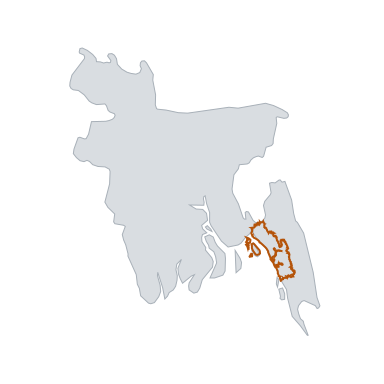 Chittagong, Chittagong, Bangladesh shown in context, rotated 353°
{"feature_id": "16705992B94200136889214", "entity_name": "Chittagong", "entity_type": "district", "adm_level": 2, "iso_a3": "BGD", "parent_name": "Bangladesh", "parent_adm1": "Chittagong", "projection": "albers", "projection_center": [91.95, 22.424], "detail": "fine", "context": "in_parent", "style": "outline", "palette": "amber", "viewbox_px": 384, "rotation_deg": 353, "n_neighbors": 0, "source": "geoboundaries", "source_scale": "gbopen_adm2", "svg_char_len": 9664}
<svg xmlns="http://www.w3.org/2000/svg" viewBox="0 0 384 384"><g transform="rotate(353 192 192)"><path d="M126.5,276.9L126.6,267.2L120.6,247.8L121.0,245.7L119.8,236.4L118.3,231.3L117.6,225.8L121.6,218.0L120.1,216.7L111.6,214.1L110.6,212.1L112.6,204.4L106.6,196.9L104.3,191.4L111.2,173.9L113.2,161.7L112.7,159.3L108.8,156.5L101.8,155.2L96.8,152.8L94.0,149.2L91.6,147.8L88.5,148.7L84.7,147.3L81.5,143.8L78.9,139.5L80.1,135.0L85.5,124.3L87.4,124.0L91.7,126.2L93.4,126.2L96.4,122.0L100.8,109.9L114.9,111.3L118.3,111.0L121.9,110.1L123.9,108.6L125.0,106.6L124.6,104.9L120.3,102.6L118.7,100.8L117.6,95.9L116.3,94.0L107.8,93.6L103.4,91.3L101.0,89.2L96.9,82.5L91.6,77.4L86.6,76.1L84.6,74.5L83.6,71.9L84.3,68.3L87.1,61.3L101.5,46.5L101.9,44.8L101.4,42.9L97.3,40.4L97.1,39.2L98.3,36.0L100.6,35.7L105.4,38.7L110.2,43.4L113.0,47.7L113.1,51.0L116.9,51.7L120.0,53.2L123.4,52.8L125.5,53.7L126.9,53.4L127.5,51.6L124.8,46.7L126.2,44.8L129.4,44.9L131.7,46.8L133.3,50.5L133.5,56.2L137.2,61.4L142.1,65.2L146.0,66.9L150.7,68.2L154.7,67.1L156.8,63.5L155.9,60.3L156.6,57.4L158.2,55.9L160.8,56.0L162.6,58.3L167.9,70.7L166.7,76.2L167.7,91.2L166.2,101.1L167.0,104.9L167.9,105.6L176.2,107.5L188.1,111.6L197.3,113.2L239.0,112.4L248.0,114.4L275.8,112.9L283.4,116.1L291.6,121.2L296.3,125.0L297.1,127.2L296.6,129.0L295.0,130.1L292.2,130.1L285.7,127.7L284.6,128.4L284.5,134.3L279.2,149.2L278.4,153.8L276.6,155.6L271.0,156.6L267.4,165.3L265.9,166.3L262.2,164.4L260.0,164.7L257.2,165.5L254.3,167.5L252.4,170.0L250.2,170.9L242.3,170.7L240.8,174.7L235.7,180.0L232.1,193.9L232.3,198.2L236.6,209.4L239.6,223.9L240.7,225.3L242.2,225.5L242.3,218.8L243.7,218.0L245.6,218.7L249.2,227.7L251.3,230.0L254.6,230.6L258.3,229.3L261.1,226.7L262.2,223.8L261.3,214.1L263.1,210.1L269.4,204.2L270.4,202.4L270.0,192.7L272.4,192.3L275.6,193.1L279.7,190.8L280.9,190.7L282.6,193.2L285.5,192.8L289.9,212.1L290.3,225.8L291.3,233.3L292.9,235.0L297.8,246.4L302.5,286.5L303.2,311.9L305.1,320.6L303.5,322.5L302.0,322.9L300.5,319.8L290.0,313.4L287.5,314.1L283.9,317.8L282.5,321.3L283.1,326.2L284.2,331.0L286.7,333.8L287.0,336.8L289.8,348.3L289.0,348.3L283.2,337.9L276.3,327.7L274.0,309.3L273.9,300.3L269.1,289.6L264.7,271.0L266.7,264.5L263.3,267.3L258.2,256.2L250.1,245.2L247.8,240.4L247.7,235.7L244.2,240.4L239.4,243.7L234.5,248.7L231.3,250.2L221.1,251.0L215.2,244.3L206.9,227.9L205.8,224.2L207.0,214.6L205.1,205.5L204.6,197.4L203.1,198.1L202.5,200.3L202.8,203.7L202.1,206.6L188.0,204.6L194.0,209.4L200.5,210.6L203.8,214.9L204.0,222.0L197.5,226.3L198.1,229.9L201.7,234.3L197.2,235.5L196.0,238.4L195.8,242.5L198.9,248.8L198.3,251.3L203.6,259.6L204.6,263.6L203.2,269.1L191.5,280.3L188.0,288.3L185.1,292.0L181.5,292.6L177.2,288.8L177.2,284.9L178.1,281.8L184.3,274.4L181.0,275.4L171.5,281.4L169.7,276.4L168.6,271.7L168.7,266.0L173.3,257.6L168.1,261.8L166.6,267.1L167.2,273.3L166.4,277.7L164.3,283.5L161.5,286.9L157.1,289.0L155.0,292.4L152.0,294.9L151.2,283.2L148.2,267.5L147.5,270.9L149.0,280.6L148.8,286.9L146.2,291.9L141.2,297.2L137.5,297.9L135.3,297.0L128.4,288.8L128.0,281.2L126.5,276.9ZM212.5,278.3L203.9,280.1L199.4,279.5L207.8,265.4L207.6,259.1L206.4,254.0L202.2,249.8L202.0,246.8L200.2,242.8L199.2,238.1L203.9,236.6L207.6,239.3L208.9,244.7L210.7,248.7L217.2,257.1L217.1,262.1L215.2,274.5L212.5,278.3ZM231.2,273.8L225.9,277.5L227.7,255.2L231.6,263.6L232.6,268.0L231.2,273.8ZM251.4,262.7L249.1,264.3L246.9,262.9L244.2,257.7L245.6,251.1L246.4,250.1L249.7,256.9L251.4,262.7ZM270.9,309.8L267.9,310.0L266.4,308.4L267.1,306.2L266.3,299.0L270.2,298.3L271.6,304.3L270.9,309.8ZM267.6,289.6L265.3,296.8L264.5,293.5L266.0,287.2L267.6,289.6ZM206.2,231.3L207.0,233.6L202.2,230.5L201.0,228.4L203.1,227.3L206.2,231.3Z" fill="#d9dde1" stroke="#a8b0b8" stroke-width="1"/><path d="M280.7,264.6L280.0,264.4L280.4,264.2L280.4,263.6L280.0,263.4L279.4,263.6L278.9,262.3L278.6,262.3L278.4,261.8L279.3,260.9L279.2,260.6L279.6,260.6L279.8,260.2L280.2,260.1L280.5,259.8L280.4,259.6L280.4,259.1L279.8,258.6L280.1,258.4L279.9,257.8L280.1,257.6L279.6,256.4L279.5,255.6L279.2,254.8L278.8,254.8L278.7,253.4L278.4,253.3L278.6,253.1L278.6,252.7L277.5,251.3L277.2,251.4L277.5,250.6L276.4,250.3L275.7,250.7L275.3,249.8L275.3,250.0L275.0,250.1L275.0,250.5L274.1,250.8L273.8,252.0L274.3,252.7L274.2,253.8L274.5,254.1L274.5,254.5L274.8,254.9L274.3,255.4L274.5,255.9L274.2,256.1L274.2,256.5L273.7,256.6L273.7,257.0L273.4,257.2L272.5,257.3L272.5,257.0L272.9,257.0L272.2,256.9L272.0,256.7L272.2,256.1L272.4,256.0L272.3,255.5L272.0,255.4L272.1,254.6L271.8,254.0L271.9,253.8L271.6,253.0L271.4,252.9L271.5,252.4L271.3,252.2L271.3,251.6L270.5,250.7L270.7,250.4L270.4,249.8L270.4,248.8L270.1,248.2L270.6,247.3L270.3,246.9L269.8,246.7L269.9,246.1L269.7,245.7L269.1,245.9L268.9,245.7L268.4,246.1L267.7,245.8L267.3,244.7L267.7,242.9L268.3,242.8L268.0,242.6L267.8,242.1L267.2,242.0L266.3,242.6L266.2,242.3L266.5,241.9L266.3,241.5L266.1,241.7L266.1,241.9L265.4,241.3L265.1,241.6L265.0,241.1L265.2,240.8L264.1,240.7L263.8,240.8L263.7,241.4L263.4,241.5L263.4,241.8L263.2,242.0L263.2,241.7L262.9,241.5L263.0,241.2L262.3,240.6L261.8,239.4L261.8,238.6L261.3,237.9L261.3,237.0L260.8,236.4L260.0,236.4L260.0,236.1L259.4,235.6L259.8,234.5L259.6,234.1L259.9,232.8L260.1,232.7L259.9,232.6L260.0,231.9L259.5,231.3L259.2,230.1L259.0,230.5L258.7,230.1L258.3,230.2L257.7,230.7L256.5,230.5L256.2,230.8L255.9,230.3L255.9,230.8L255.6,230.9L255.4,231.6L254.8,231.6L254.9,232.5L254.6,232.8L254.3,232.4L254.4,232.1L254.0,232.2L254.1,231.8L253.6,232.0L253.9,231.5L254.3,231.8L253.9,231.4L253.9,231.0L253.7,231.1L253.6,230.8L253.3,231.0L253.2,230.8L252.0,232.0L251.9,232.4L251.6,232.0L251.3,232.1L250.8,231.8L250.6,232.0L250.9,232.1L250.6,232.6L250.0,232.3L249.9,232.7L250.4,232.9L250.6,233.3L250.2,233.5L250.2,234.1L249.4,234.5L249.3,234.8L246.6,234.8L247.0,235.1L246.7,235.4L246.8,236.1L247.2,236.0L247.4,236.2L246.9,237.1L246.9,237.3L247.1,236.9L247.2,237.0L246.7,238.8L245.8,240.1L246.5,242.8L246.9,242.5L246.8,243.1L247.7,244.8L249.8,246.2L251.5,247.7L252.7,249.2L252.8,250.2L253.5,250.9L253.2,250.2L255.5,252.7L258.0,255.7L259.0,257.1L260.4,260.2L260.2,261.0L261.9,267.1L261.7,268.4L263.5,271.2L264.7,270.2L265.2,269.4L265.0,269.0L263.4,268.3L263.2,267.4L263.6,266.8L264.4,266.1L266.6,265.4L267.5,262.5L268.0,261.5L267.6,260.8L268.0,260.3L267.3,260.2L267.0,259.9L266.4,259.0L266.2,258.4L266.3,258.2L266.9,257.9L267.2,258.1L267.5,257.6L267.3,258.2L267.2,258.2L266.8,257.9L266.3,258.4L267.2,260.0L268.0,260.2L268.1,260.4L267.7,260.8L268.1,261.5L269.1,260.7L269.8,260.5L271.0,260.4L272.5,261.0L271.9,261.2L271.5,261.1L271.3,260.7L270.7,260.6L269.0,261.1L267.9,262.3L267.7,264.6L267.5,265.1L266.5,265.9L264.8,266.3L263.7,267.0L263.4,267.7L263.7,268.3L265.1,268.7L265.5,269.2L265.2,270.2L264.2,271.0L264.1,272.1L264.7,274.9L265.6,277.0L265.9,277.2L266.1,277.0L265.6,275.7L265.6,275.2L266.0,275.0L266.6,275.3L266.4,276.0L268.3,276.7L268.7,276.6L268.5,276.2L267.3,275.6L267.0,275.1L266.9,274.8L267.0,274.7L267.4,274.7L268.6,275.0L269.3,273.2L269.6,273.4L269.6,273.9L270.1,274.2L270.4,273.6L270.6,273.5L271.3,274.1L272.0,273.8L272.3,273.8L272.8,274.4L272.5,274.5L272.1,274.4L272.0,274.8L272.5,275.3L273.3,275.6L272.4,275.3L272.0,275.0L271.9,274.4L272.2,274.3L272.5,274.4L272.3,273.9L271.2,274.2L270.4,273.6L270.3,274.2L269.9,274.3L269.5,273.9L269.4,273.4L268.7,275.0L267.7,275.0L267.3,275.3L267.4,275.5L268.7,276.1L268.8,276.6L268.7,276.8L266.5,276.4L266.2,275.9L266.3,275.2L265.8,275.3L265.9,276.0L266.6,277.2L266.6,278.4L267.4,280.8L267.4,282.1L267.2,283.2L267.7,284.6L268.0,286.1L268.8,286.4L268.3,286.5L268.9,287.1L268.8,288.2L269.3,290.9L269.7,290.8L269.7,289.9L270.4,289.9L270.7,289.5L271.0,289.6L271.3,289.1L271.4,289.6L271.8,289.6L272.1,288.5L272.8,288.6L273.4,288.3L274.1,288.6L275.1,288.3L275.3,288.5L275.3,288.1L275.6,288.0L275.4,287.4L276.0,287.7L276.3,287.4L276.5,288.3L277.2,287.4L277.5,287.6L277.9,287.3L278.2,287.5L278.2,287.3L278.4,287.5L278.8,287.4L278.9,287.0L279.4,286.8L279.0,287.8L279.9,288.6L280.8,288.2L282.2,288.2L281.4,286.3L281.8,286.1L282.1,286.2L282.2,286.4L282.5,286.4L282.8,286.0L283.2,285.9L283.2,285.4L284.1,284.7L283.9,284.2L283.5,283.9L283.6,283.3L284.2,283.3L284.2,283.0L283.5,282.9L283.5,282.3L283.2,282.3L283.1,282.0L282.5,281.8L282.3,282.0L282.1,281.4L281.5,281.0L281.9,280.7L282.2,279.9L281.6,279.7L281.2,279.6L281.6,278.8L280.5,278.4L281.9,277.7L282.1,277.2L281.4,276.4L282.0,275.8L281.9,275.4L281.5,275.4L281.5,274.7L281.2,274.4L281.6,273.5L280.7,272.3L280.9,271.4L280.3,270.7L280.6,269.4L280.3,269.0L280.3,267.9L280.8,267.4L280.9,266.3L281.1,266.0L281.0,265.4L280.6,265.4L280.7,264.6ZM249.0,262.4L251.4,261.8L252.0,261.3L252.1,259.3L251.9,258.1L247.4,251.3L246.6,250.5L245.3,250.8L244.7,251.2L244.9,252.7L244.6,255.1L245.4,257.7L247.6,261.8L249.0,262.4ZM239.6,248.3L240.1,248.8L243.1,249.5L243.4,249.3L244.2,246.7L243.4,245.6L243.0,245.5L242.7,245.7L242.9,245.2L242.3,244.7L240.6,243.9L241.1,244.8L240.8,246.4L240.4,247.4L239.6,248.3ZM243.8,260.7L243.3,260.5L241.3,263.0L241.4,263.3L243.1,263.2L243.6,262.8L243.5,262.4L243.9,262.7L244.1,261.9L243.8,261.5L243.9,261.1L243.7,261.0L243.8,260.7ZM240.3,252.8L241.1,252.8L241.0,252.3L241.3,252.4L241.2,251.9L241.4,251.7L241.3,251.0L241.1,250.9L240.9,250.4L240.5,250.5L240.5,251.0L240.4,250.4L239.9,250.4L239.2,250.8L240.3,252.8ZM240.6,254.8L240.9,254.0L240.8,254.7L241.3,254.9L241.4,253.9L241.4,253.6L240.9,253.5L241.3,253.4L241.2,253.0L240.3,252.9L240.6,254.8ZM267.0,265.4L267.7,264.7L267.6,264.1L267.2,264.4L267.0,265.4ZM267.2,275.2L267.4,274.8L267.0,274.7L267.0,275.0L267.2,275.2ZM272.1,261.1L271.8,260.8L271.4,260.8L271.7,261.0L272.1,261.1ZM241.5,250.9L241.3,250.5L241.2,250.5L241.1,250.8L241.5,250.9ZM240.7,255.4L240.8,255.4L240.7,255.0L240.7,255.4Z" fill="none" stroke="#b45309" stroke-width="2"/></g></svg>